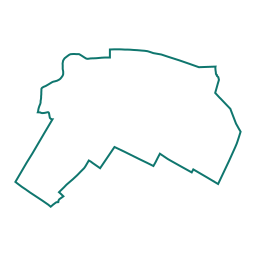 outline of Giang Thanh, Kiên Giang, Vietnam
{"feature_id": "81297802B31774141557678", "entity_name": "Giang Thanh", "entity_type": "district", "adm_level": 2, "iso_a3": "VNM", "parent_name": "Vietnam", "parent_adm1": "Kiên Giang", "projection": "mercator", "projection_center": [104.64, 10.444], "detail": "fine", "context": "isolated", "style": "outline", "palette": "teal", "viewbox_px": 256, "rotation_deg": 0, "n_neighbors": 0, "source": "geoboundaries", "source_scale": "gbopen_adm2", "svg_char_len": 2388}
<svg xmlns="http://www.w3.org/2000/svg" viewBox="0 0 256 256"><path d="M215.5,66.6L198.9,67.2L189.3,63.8L179.2,60.3L177.6,59.8L167.9,56.7L161.3,54.5L153.3,53.1L151.6,52.5L149.5,51.8L147.5,51.2L144.7,50.8L140.9,50.5L137.6,50.2L134.1,50.0L130.2,49.7L127.7,49.6L125.0,49.6L121.6,49.4L121.2,49.4L119.1,49.3L115.1,49.3L109.9,49.5L109.9,51.0L109.9,57.5L105.6,57.5L101.8,57.7L96.5,58.2L94.2,58.3L90.8,58.4L88.0,58.8L87.2,58.8L86.1,58.5L84.3,57.4L81.7,55.7L79.9,54.6L79.2,54.2L78.3,54.1L75.9,54.1L74.4,54.0L73.2,54.0L71.9,54.1L71.0,54.1L70.3,54.3L69.6,54.6L68.9,55.0L67.4,56.1L66.5,56.8L65.6,57.5L64.7,58.2L63.9,59.3L63.1,60.7L62.6,63.5L62.7,65.4L62.7,67.1L62.7,69.0L63.2,71.6L63.2,73.3L63.2,73.9L63.1,74.5L62.7,75.6L61.4,77.5L61.2,77.7L60.4,78.7L59.2,79.6L57.1,80.7L55.0,81.3L53.2,81.7L51.9,82.3L48.8,84.2L45.7,86.0L43.5,86.9L42.4,87.6L41.9,88.0L41.5,88.6L41.4,89.3L41.4,90.5L41.3,92.4L41.3,94.2L41.1,96.4L41.1,97.9L40.9,99.4L40.6,101.0L40.6,102.4L40.3,103.8L39.3,106.2L39.2,106.5L38.6,108.4L38.3,109.8L38.1,111.4L37.8,112.3L40.1,112.4L40.9,112.8L42.1,113.1L43.9,113.0L45.1,112.8L47.8,112.2L48.4,112.3L48.8,112.7L49.1,113.7L49.7,117.1L49.9,117.9L50.3,118.3L50.9,118.9L51.6,119.1L52.1,119.3L52.5,119.3L50.9,122.0L44.2,133.3L32.3,153.6L26.7,162.6L21.9,170.8L17.8,177.8L15.4,181.9L17.3,183.4L21.8,186.8L25.4,189.2L29.9,192.4L42.5,200.7L48.3,204.7L50.7,206.7L51.5,206.0L52.4,205.3L53.1,204.6L54.1,203.9L55.4,202.9L56.3,202.3L56.6,202.2L58.1,202.2L58.3,202.1L58.4,201.5L58.4,201.0L58.6,200.4L58.8,200.0L59.1,199.5L59.9,198.8L61.2,197.9L62.2,197.2L62.9,196.7L63.4,196.3L60.7,193.7L59.0,192.2L64.1,187.2L66.5,184.7L68.7,182.8L73.0,179.1L76.9,175.5L78.4,174.0L80.4,171.9L84.1,168.2L85.3,166.5L87.3,163.1L88.8,160.5L90.6,161.5L91.5,162.1L92.2,162.7L100.1,168.2L114.5,147.0L124.8,151.9L139.1,159.0L144.9,161.8L147.4,163.0L153.4,166.0L155.5,162.3L157.6,158.1L159.9,153.7L167.6,158.9L170.0,160.3L179.1,165.4L191.7,172.4L193.3,169.4L207.0,177.4L218.1,184.0L229.0,161.0L235.3,147.0L236.7,143.7L237.6,141.1L239.0,136.8L240.6,131.7L238.9,128.8L236.0,123.6L230.7,109.8L230.4,108.9L226.0,104.3L220.2,98.2L219.9,98.0L215.2,92.9L217.9,83.3L218.9,80.0L218.9,79.7L218.3,77.2L218.0,76.8L217.7,76.6L217.1,76.1L217.1,75.9L216.8,74.8L216.3,74.6L216.3,74.4L216.1,74.2L215.9,73.6L215.9,73.1L215.8,72.0L215.6,70.9L215.5,69.8L215.4,68.9L215.4,68.7L215.4,67.0L215.5,66.6Z" fill="none" stroke="#0f766e" stroke-width="2"/></svg>